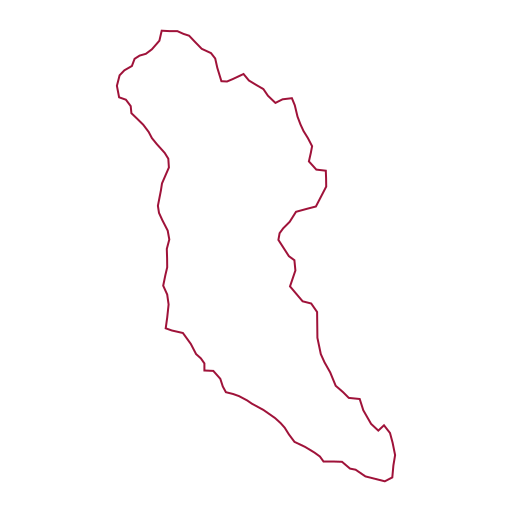 the district of Águas da Prata, São Paulo, Brazil
{"feature_id": "56859067B56146579756473", "entity_name": "Águas da Prata", "entity_type": "district", "adm_level": 2, "iso_a3": "BRA", "parent_name": "Brazil", "parent_adm1": "São Paulo", "projection": "natural_earth1", "projection_center": [-46.689, -21.918], "detail": "fine", "context": "isolated", "style": "outline", "palette": "rose", "viewbox_px": 512, "rotation_deg": 0, "n_neighbors": 0, "source": "geoboundaries", "source_scale": "gbopen_adm2", "svg_char_len": 1692}
<svg xmlns="http://www.w3.org/2000/svg" viewBox="0 0 512 512"><path d="M384.0,425.3L378.3,430.6L371.1,423.9L363.3,410.3L359.7,399.0L348.8,397.9L343.1,392.2L335.7,385.8L330.2,372.4L324.5,362.3L320.8,354.1L317.4,337.8L317.1,312.0L311.2,303.5L302.6,301.3L290.0,286.4L295.4,270.5L294.4,260.2L288.9,256.2L278.4,239.9L279.6,233.2L283.2,228.3L289.7,221.8L296.0,211.8L307.7,208.6L315.9,206.5L326.2,186.6L326.1,178.5L325.8,170.7L316.3,169.6L308.9,161.4L310.8,153.0L312.1,146.2L307.9,138.1L303.5,131.0L300.5,124.5L297.5,116.6L294.8,105.3L291.9,98.2L282.6,99.3L275.4,102.9L267.9,95.7L263.4,89.1L256.0,84.8L248.9,80.5L243.5,74.0L232.7,79.1L227.0,81.5L221.4,81.2L217.3,67.8L215.2,58.5L211.0,53.1L201.7,48.8L194.9,41.8L189.1,35.7L183.5,33.9L177.3,31.1L168.9,31.1L161.7,30.7L159.4,40.7L151.9,49.3L145.9,53.8L139.6,55.6L134.6,58.8L131.9,66.0L124.4,70.3L119.6,75.3L116.9,85.8L119.1,97.3L125.9,99.7L130.7,106.1L131.4,113.2L136.5,118.1L143.3,124.8L148.7,132.0L151.9,138.1L156.7,144.0L164.7,152.9L168.3,158.7L168.9,167.5L162.0,183.4L160.9,190.5L157.9,205.8L159.0,212.9L162.3,220.1L167.7,230.6L169.3,239.5L166.8,248.9L167.1,258.3L167.2,267.3L165.3,275.4L163.2,285.7L167.2,294.5L168.6,304.5L167.2,317.6L165.7,328.3L171.9,330.5L182.9,333.0L190.8,343.9L196.1,354.1L200.9,358.4L204.4,363.4L204.4,370.5L213.3,370.9L220.3,378.8L222.8,386.5L225.9,392.2L233.1,394.0L239.0,396.1L247.1,400.4L251.9,403.7L263.5,410.0L275.1,418.1L280.7,423.2L284.7,427.7L288.9,434.4L294.5,441.9L304.9,446.8L314.5,452.6L319.9,456.5L323.5,461.5L332.7,461.5L342.0,461.8L350.0,468.6L355.6,469.7L365.4,476.4L384.8,481.3L392.3,477.4L393.4,465.4L395.1,455.1L392.6,442.7L390.0,433.0L384.0,425.3Z" fill="none" stroke="#9f1239" stroke-width="2"/></svg>